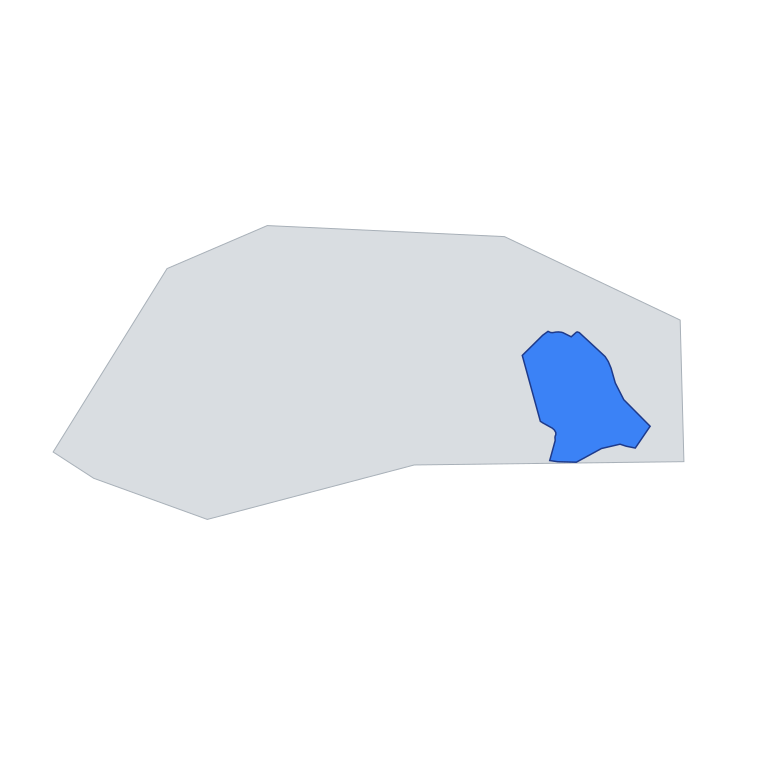 where Saint George sits in Dominica, rotated 282°
{"feature_id": "DMA-1434", "entity_name": "Saint George", "entity_type": "Parish", "adm_level": 1, "iso_a3": "DMA", "parent_name": "Dominica", "parent_adm1": "", "projection": "mercator", "projection_center": [-61.35, 15.3], "detail": "fine", "context": "in_parent", "style": "filled", "palette": "blue", "viewbox_px": 768, "rotation_deg": 282, "n_neighbors": 0, "source": "natural_earth", "source_scale": "10m", "svg_char_len": 892}
<svg xmlns="http://www.w3.org/2000/svg" viewBox="0 0 768 768"><g transform="rotate(282 384 384)"><path d="M508.1,660.4L370.4,693.5L311.1,430.4L214.8,239.3L231.4,119.7L248.7,74.5L451.8,147.8L514.7,236.9L553.2,471.2L508.1,660.4Z" fill="#d9dde1" stroke="#a8b0b8" stroke-width="1"/><path d="M373.6,643.1L373.5,633.9L374.2,627.4L366.1,610.1L347.5,588.4L344.1,570.1L343.6,562.0L360.7,563.0L361.2,563.0L363.8,563.2L364.7,563.1L367.5,562.3L368.2,562.3L368.9,562.3L369.5,562.5L370.1,562.6L371.1,562.4L372.3,562.1L374.5,560.1L375.8,557.8L379.1,547.0L379.4,546.4L379.6,545.8L380.0,544.7L440.7,513.3L464.7,529.1L469.6,533.5L469.0,536.1L469.1,537.1L469.3,538.3L470.5,541.3L471.2,543.9L471.5,546.8L471.4,548.4L469.1,557.3L474.4,561.2L475.1,562.1L474.9,564.3L456.8,594.6L452.6,598.7L446.7,602.8L433.1,610.0L418.5,621.8L398.0,653.1L373.6,643.1Z" fill="#3b82f6" stroke="#1e3a8a" stroke-width="1.5"/></g></svg>